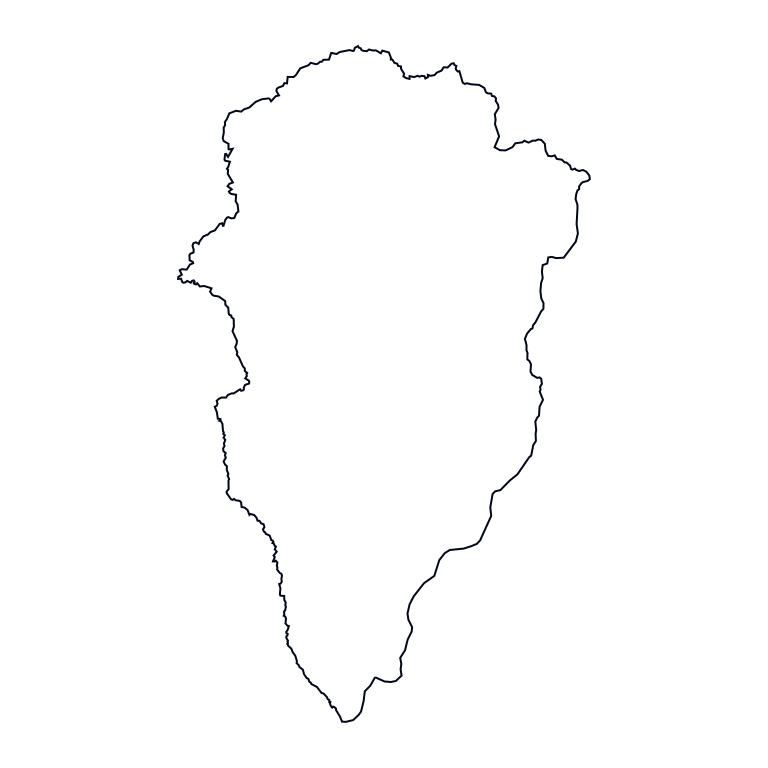 the district of Espindola, Loja, Ecuador
{"feature_id": "8360857B90110286076801", "entity_name": "Espindola", "entity_type": "district", "adm_level": 2, "iso_a3": "ECU", "parent_name": "Ecuador", "parent_adm1": "Loja", "projection": "albers", "projection_center": [-79.445, -4.57], "detail": "fine", "context": "isolated", "style": "outline", "palette": "ink", "viewbox_px": 768, "rotation_deg": 0, "n_neighbors": 0, "source": "geoboundaries", "source_scale": "gbopen_adm2", "svg_char_len": 6038}
<svg xmlns="http://www.w3.org/2000/svg" viewBox="0 0 768 768"><path d="M178.1,278.9L181.0,278.7L182.3,282.0L183.2,282.7L185.4,282.4L187.1,280.9L190.8,282.7L192.0,280.9L193.7,280.4L194.7,281.9L193.7,283.1L194.1,283.8L196.0,284.4L197.2,283.2L199.9,286.5L204.2,286.0L211.5,288.3L210.1,291.7L212.1,294.6L213.8,295.7L218.8,296.5L225.2,301.1L225.4,304.8L228.2,307.6L228.8,314.0L229.6,315.0L231.3,315.5L231.4,317.0L233.7,319.1L233.9,326.7L232.5,331.1L237.0,340.9L236.6,343.9L235.2,347.1L237.3,352.3L236.8,354.8L239.1,357.7L242.9,366.3L244.8,368.4L244.8,370.9L247.2,373.0L246.5,374.0L246.8,376.1L245.2,378.4L248.9,380.7L249.3,381.9L249.0,383.6L245.0,384.9L243.7,387.9L243.9,389.6L243.0,390.4L241.0,390.7L240.1,389.3L233.5,393.5L232.0,393.3L228.0,394.8L226.0,397.6L221.6,397.5L218.6,399.0L216.7,400.8L217.5,403.5L216.8,405.7L214.8,406.8L216.9,412.3L217.8,418.7L220.4,419.0L220.5,420.1L219.5,420.8L221.0,421.3L222.4,423.8L223.0,431.1L223.8,432.4L223.3,433.9L224.9,435.2L223.5,437.6L225.3,439.9L223.9,443.6L224.5,446.1L223.1,448.4L223.4,451.1L225.7,453.1L224.9,455.4L225.8,457.7L223.6,461.5L225.1,464.6L226.9,466.2L226.8,469.9L228.4,474.0L227.6,475.5L229.1,479.0L228.5,480.5L228.6,489.1L226.6,491.7L226.6,492.9L231.1,499.4L232.7,499.9L234.1,498.9L235.5,500.2L239.9,501.0L241.1,502.4L241.6,507.0L244.6,507.6L247.6,510.1L249.4,514.9L250.4,514.0L254.2,515.0L256.6,517.9L257.5,520.7L259.4,520.8L261.1,523.3L263.6,524.3L264.4,527.1L263.0,529.3L263.9,531.6L265.3,532.5L265.7,533.8L269.7,535.6L271.3,540.1L272.7,540.6L273.4,541.9L272.5,543.1L273.8,543.6L274.8,545.9L275.9,546.5L274.8,549.3L276.7,551.7L273.6,555.5L274.8,557.1L273.0,561.4L274.7,561.5L275.8,560.7L277.4,562.5L276.8,565.9L277.4,567.4L277.1,569.5L279.6,572.8L281.4,573.9L282.0,575.7L281.4,579.0L281.8,581.7L280.6,583.6L279.2,584.0L280.4,588.3L279.9,594.4L280.4,595.6L284.2,596.0L284.3,600.0L285.7,602.4L285.3,605.4L285.9,606.5L285.1,610.5L284.0,611.6L284.3,614.4L283.7,615.8L285.2,616.5L286.0,618.7L285.5,623.4L287.3,625.6L288.8,626.0L287.9,629.5L286.3,631.8L286.4,633.1L287.7,633.8L287.4,635.5L286.4,636.2L286.3,637.9L288.0,640.8L287.5,641.5L288.0,643.1L287.3,643.8L288.5,646.1L291.3,648.6L292.7,652.2L295.3,655.8L296.9,661.0L296.6,663.1L298.5,664.9L299.5,667.0L302.9,669.8L304.0,674.1L306.7,678.1L308.4,678.9L309.3,681.6L310.9,682.8L311.4,684.1L316.9,686.9L321.5,693.0L323.5,693.5L326.9,697.1L327.7,699.1L329.3,700.1L329.3,702.1L330.3,702.1L330.0,703.8L331.1,706.4L332.2,707.6L333.1,706.6L334.4,707.1L336.0,708.7L336.1,710.2L339.9,716.4L342.0,721.6L345.7,721.9L353.1,720.1L358.7,714.9L361.1,711.4L363.6,701.1L364.8,691.3L370.3,685.7L374.8,677.8L375.9,677.6L384.6,681.5L390.9,682.0L395.8,681.0L401.6,675.6L400.6,669.4L401.3,663.9L400.2,657.9L405.0,650.3L407.7,639.5L411.7,631.5L412.1,627.1L408.4,619.7L407.5,613.6L409.6,604.3L413.8,596.2L424.0,583.2L434.3,575.9L439.3,560.1L444.8,553.1L449.8,550.0L463.6,548.6L470.9,546.3L476.8,543.9L480.1,540.4L491.2,515.9L490.3,507.4L492.6,494.0L495.2,491.3L500.4,490.1L509.9,480.4L517.4,474.4L529.2,457.2L531.2,455.6L533.3,445.0L535.9,441.0L535.6,433.7L536.2,430.1L535.3,421.7L537.0,417.9L539.0,415.7L539.6,406.8L543.0,399.8L539.7,391.5L540.5,389.9L540.1,386.8L541.9,383.8L541.2,378.8L539.5,377.4L537.2,377.9L532.2,374.9L530.5,371.5L531.0,364.3L529.5,361.2L527.3,359.3L527.5,352.9L526.5,350.3L526.5,345.0L524.9,338.9L527.0,333.7L530.9,329.0L532.5,328.5L533.0,325.4L535.4,322.4L541.3,311.1L543.4,308.9L543.5,303.1L541.3,298.5L540.4,291.2L541.1,283.0L542.7,278.1L541.9,271.6L542.7,265.1L547.2,263.5L548.3,257.4L551.9,256.9L556.1,258.1L563.7,257.7L575.8,241.6L577.9,233.4L576.6,224.1L577.5,207.9L577.4,204.6L575.6,199.1L576.2,194.2L577.5,190.4L579.1,189.2L579.1,186.5L581.4,183.2L583.0,182.1L587.7,180.9L589.9,179.1L589.3,175.5L586.2,171.6L582.9,170.0L579.1,171.0L576.3,170.0L574.9,168.6L572.4,169.6L571.2,169.2L570.0,165.6L566.5,162.5L564.6,162.4L561.9,159.7L556.7,158.9L554.8,155.4L551.5,156.3L548.2,155.9L545.6,150.7L544.8,143.7L541.2,139.9L538.1,139.5L535.5,140.7L532.8,140.6L528.5,142.6L524.3,140.7L522.5,142.3L515.3,143.3L512.5,147.1L505.7,150.4L500.0,150.2L494.6,147.2L499.1,136.3L495.0,124.2L495.6,119.6L494.8,114.2L498.6,107.9L498.0,104.5L495.7,101.0L496.0,98.3L494.3,96.3L492.0,96.0L491.2,93.6L487.9,93.4L485.9,92.2L484.3,87.9L479.1,84.9L471.1,84.3L466.7,83.2L464.9,84.0L462.7,82.6L459.4,71.2L457.9,71.6L456.2,69.9L455.7,68.5L456.4,66.0L454.4,65.0L453.8,63.3L451.6,63.6L447.6,67.5L443.6,67.3L441.5,70.6L436.7,72.7L434.5,75.1L430.5,75.8L427.9,74.9L428.2,76.9L425.4,78.5L424.5,76.2L421.6,75.8L419.6,76.7L417.5,75.8L414.2,77.1L409.6,76.1L409.5,78.9L406.2,78.1L403.4,76.4L404.1,73.7L401.0,68.7L401.0,66.5L398.1,65.9L397.2,63.7L394.4,62.8L392.3,59.5L390.8,59.5L390.9,57.7L388.9,52.5L382.3,50.6L380.9,53.3L376.0,50.4L372.7,50.5L369.0,49.5L366.8,51.2L363.2,50.8L361.6,50.1L360.6,48.2L358.9,47.7L358.0,46.1L354.8,47.9L354.0,50.6L353.1,51.0L349.5,50.1L339.8,52.0L336.6,54.0L331.2,52.9L329.0,59.6L323.4,59.8L321.8,61.7L320.0,61.8L318.0,63.6L315.9,64.2L310.7,62.8L308.5,65.2L300.2,68.4L296.1,74.9L293.6,77.0L287.7,76.9L287.0,83.4L284.5,83.1L282.7,86.1L278.4,87.5L276.8,88.8L276.4,91.0L279.0,95.4L275.7,96.2L271.1,101.3L269.6,98.9L268.5,98.4L262.0,99.2L255.6,101.9L249.3,107.5L243.9,109.4L241.2,111.6L235.9,110.8L229.3,113.4L226.8,119.3L224.9,122.0L225.1,125.3L223.7,127.4L223.8,132.8L222.7,138.1L223.7,141.1L228.5,143.8L228.5,149.0L229.1,149.5L232.6,148.8L228.0,156.9L226.1,153.9L225.1,154.1L224.5,159.8L225.2,160.7L229.9,161.7L228.2,167.0L226.9,168.8L228.1,169.8L227.8,173.9L232.9,182.5L229.2,183.9L227.6,186.3L231.8,189.3L228.9,191.5L229.5,192.8L231.2,193.9L236.1,194.8L235.7,201.3L237.6,204.6L238.4,211.5L236.2,213.4L234.3,218.0L231.4,218.4L228.2,217.1L226.9,217.7L225.3,219.9L223.5,225.8L222.9,225.8L222.2,223.3L219.8,223.8L214.9,230.4L210.5,232.0L207.8,234.6L203.4,236.4L199.7,241.3L198.7,244.0L196.0,242.3L193.4,243.2L192.5,245.7L193.7,249.8L193.5,252.5L190.4,253.7L189.4,255.2L189.7,260.3L192.9,262.0L193.2,263.2L189.9,264.6L186.7,269.6L181.9,269.2L179.7,270.3L181.8,274.7L178.3,276.9L178.1,278.9Z" fill="none" stroke="#020617" stroke-width="2"/></svg>